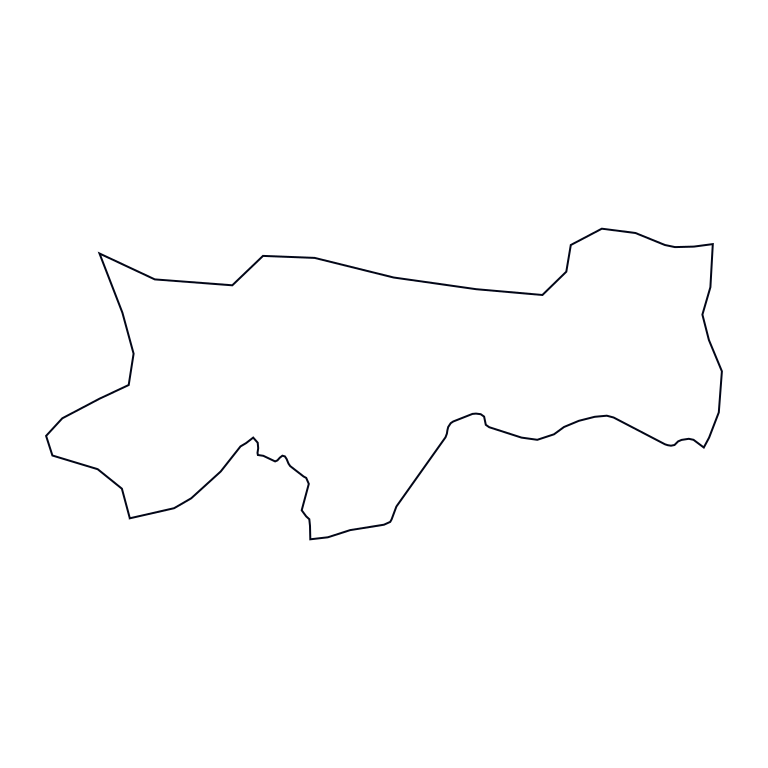 SVG path tracing the border of Sirnak
{"feature_id": "TUR-3044", "entity_name": "Sirnak", "entity_type": "Province", "adm_level": 1, "iso_a3": "TUR", "parent_name": "Turkey", "parent_adm1": "", "projection": "robinson", "projection_center": [42.613, 37.438], "detail": "fine", "context": "isolated", "style": "outline", "palette": "ink", "viewbox_px": 768, "rotation_deg": 0, "n_neighbors": 0, "source": "natural_earth", "source_scale": "10m", "svg_char_len": 1273}
<svg xmlns="http://www.w3.org/2000/svg" viewBox="0 0 768 768"><path d="M537.3,439.8L521.5,437.6L489.2,427.2L485.8,424.8L484.1,416.6L480.7,414.2L476.0,413.6L472.5,413.9L453.2,421.5L450.7,423.2L448.2,427.0L447.4,430.3L446.9,433.6L445.5,437.3L396.4,506.5L391.6,519.4L390.2,521.9L384.0,524.7L350.2,530.1L327.8,537.3L310.3,539.3L310.0,525.9L309.3,519.2L306.2,516.4L301.7,510.3L308.8,483.9L306.2,477.9L303.6,476.5L290.2,466.1L288.5,463.6L286.6,459.0L284.9,456.4L282.4,455.7L279.8,457.7L277.4,460.4L275.1,461.4L263.3,455.8L257.9,455.0L257.5,452.9L258.2,448.2L257.7,442.7L253.2,437.6L246.1,443.1L240.5,446.4L220.7,471.5L191.2,498.3L174.1,508.2L129.8,518.3L129.8,518.2L121.9,488.7L97.7,469.2L52.4,455.5L46.1,435.9L62.3,418.3L99.5,398.7L128.7,385.0L133.6,353.7L122.4,312.7L99.5,253.5L154.8,279.4L232.3,285.3L263.0,255.9L314.6,257.9L393.6,277.5L476.2,289.2L542.4,295.0L566.3,271.7L570.8,245.0L601.8,228.7L635.4,233.0L664.9,245.0L675.0,247.1L693.9,246.6L712.8,244.1L710.4,287.2L702.4,314.6L708.9,340.0L721.9,371.3L718.8,412.4L709.1,437.6L703.8,447.5L693.5,439.8L688.8,438.8L681.6,439.9L678.1,441.4L674.5,445.0L671.0,445.7L667.8,445.2L665.0,444.3L613.6,417.5L606.8,415.7L594.7,416.8L578.9,420.8L564.0,427.0L554.0,434.3L537.3,439.8Z" fill="none" stroke="#020617" stroke-width="2"/></svg>